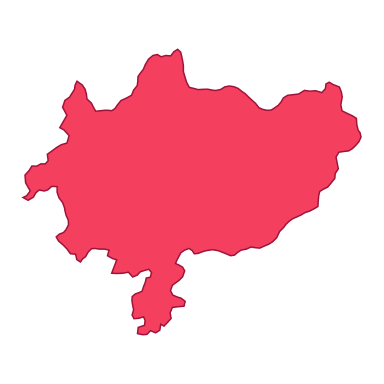 Botelhos, Minas Gerais, Brazil (Albers equal-area conic projection)
{"feature_id": "56859067B45420528650981", "entity_name": "Botelhos", "entity_type": "district", "adm_level": 2, "iso_a3": "BRA", "parent_name": "Brazil", "parent_adm1": "Minas Gerais", "projection": "albers", "projection_center": [-46.427, -21.65], "detail": "fine", "context": "isolated", "style": "filled", "palette": "rose", "viewbox_px": 384, "rotation_deg": 0, "n_neighbors": 0, "source": "geoboundaries", "source_scale": "gbopen_adm2", "svg_char_len": 3137}
<svg xmlns="http://www.w3.org/2000/svg" viewBox="0 0 384 384"><path d="M246.4,249.1L251.0,247.0L255.2,247.7L259.8,248.1L264.4,246.0L268.6,244.3L272.7,241.7L276.7,237.7L279.6,231.5L283.5,227.6L286.0,224.3L289.0,221.4L292.7,218.7L297.1,216.8L301.4,214.8L304.8,212.7L309.6,211.1L314.4,208.6L317.9,206.5L318.3,200.3L318.8,195.1L319.8,191.4L323.2,189.3L327.7,187.1L331.1,183.0L334.8,178.4L335.2,173.5L338.3,168.9L337.0,162.1L336.0,157.1L338.9,152.2L344.4,151.4L348.7,150.9L352.7,148.4L356.4,144.7L359.1,141.4L361.0,137.1L360.2,133.1L358.1,130.0L356.8,124.6L356.4,118.4L352.4,115.8L346.4,113.0L342.0,110.8L340.8,104.8L341.6,100.6L342.2,96.8L341.4,92.2L339.4,87.0L333.0,84.5L329.3,82.2L326.0,83.9L325.4,88.7L321.8,92.6L315.7,90.7L310.1,91.2L304.4,90.4L298.7,94.0L293.6,94.6L287.6,95.3L283.4,97.9L281.1,101.9L278.4,105.2L274.3,108.1L271.0,110.1L267.0,110.3L262.8,109.4L258.9,107.7L255.5,103.3L252.2,100.4L248.4,96.9L245.1,93.6L242.2,91.7L238.1,88.4L233.9,86.7L229.4,86.0L224.7,86.9L220.8,89.4L215.9,90.5L212.2,90.1L207.8,89.2L203.2,89.3L198.1,89.6L193.7,88.4L189.4,87.4L186.7,82.6L185.1,77.4L183.4,71.7L183.4,65.8L182.6,60.7L181.6,55.9L180.7,52.2L177.7,49.3L173.9,51.7L170.7,55.9L165.8,55.5L161.1,56.8L157.4,54.5L152.9,55.5L148.5,59.2L145.4,64.4L143.3,69.4L140.3,73.2L138.0,76.6L137.8,81.4L137.2,85.7L133.6,90.1L131.6,95.2L126.8,97.9L120.9,100.6L117.4,105.0L115.0,108.5L111.8,110.7L108.2,110.3L104.2,110.3L100.1,110.8L95.7,111.2L93.2,106.8L91.4,103.1L87.0,99.0L86.3,93.6L85.1,89.3L82.4,85.1L77.0,81.2L75.1,85.1L74.5,89.3L69.6,97.1L64.9,100.4L62.6,107.3L66.9,115.3L59.8,127.7L63.8,129.8L69.1,135.6L67.0,143.0L61.3,144.7L57.5,146.9L47.3,154.3L48.2,160.6L45.3,163.9L40.8,163.9L36.6,166.2L31.9,166.0L29.2,170.4L25.0,175.1L25.6,182.8L30.2,191.0L26.6,195.8L23.0,197.5L28.1,200.3L33.4,197.2L35.8,192.9L39.2,190.0L44.2,191.0L47.8,189.9L51.7,186.4L57.1,186.6L57.1,192.3L59.0,197.8L62.5,202.4L64.5,207.7L65.1,211.4L66.2,215.6L68.3,220.1L68.5,224.7L66.0,229.7L63.4,232.6L59.5,234.0L56.2,236.9L58.5,241.0L63.4,245.2L67.1,249.1L70.4,253.7L75.6,254.2L76.8,259.6L80.4,262.0L82.7,258.8L85.6,256.7L88.1,252.2L91.5,248.7L95.3,248.5L99.1,249.1L104.6,249.1L109.0,250.1L107.5,255.7L112.6,258.6L116.7,259.8L114.6,265.6L113.1,269.4L111.7,273.2L116.3,273.5L122.4,273.3L128.4,272.2L132.7,277.0L137.3,275.1L140.3,271.8L145.0,270.3L148.8,269.3L151.5,272.5L150.3,277.2L146.3,278.0L145.2,282.6L143.6,286.5L142.0,291.3L138.8,292.7L135.3,293.9L132.2,296.6L131.9,300.4L132.6,304.9L133.6,309.9L132.1,315.0L134.0,318.7L138.6,318.3L143.6,316.9L145.1,320.6L144.5,325.3L138.2,327.4L137.5,333.6L142.7,334.7L146.9,334.4L150.5,330.7L155.7,332.8L159.8,330.2L160.7,324.3L164.0,326.1L168.0,321.9L171.1,318.5L170.1,312.8L172.4,307.4L178.4,306.7L184.0,306.2L185.2,301.4L181.0,298.1L177.6,297.1L172.8,295.1L170.5,290.6L172.4,285.3L175.7,282.8L178.9,280.5L182.6,276.8L184.7,270.8L182.6,267.2L179.3,265.2L175.5,263.5L177.0,260.0L179.1,256.0L180.9,252.7L184.7,250.1L189.0,248.5L192.2,250.5L194.3,253.8L198.1,253.4L202.0,251.9L206.0,250.7L212.4,249.7L218.3,250.7L225.2,253.4L230.6,255.7L234.6,255.1L237.6,252.4L241.2,250.1L246.4,249.1Z" fill="#f43f5e" stroke="#9f1239" stroke-width="1.5"/></svg>